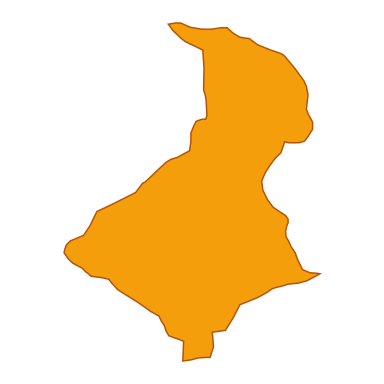 the district of Al-Zibar, Arbil, Iraq
{"feature_id": "34846034B21205760150819", "entity_name": "Al-Zibar", "entity_type": "district", "adm_level": 2, "iso_a3": "IRQ", "parent_name": "Iraq", "parent_adm1": "Arbil", "projection": "orthographic", "projection_center": [44.113, 37.087], "detail": "fine", "context": "isolated", "style": "filled", "palette": "amber", "viewbox_px": 384, "rotation_deg": 0, "n_neighbors": 0, "source": "geoboundaries", "source_scale": "gbopen_adm2", "svg_char_len": 1696}
<svg xmlns="http://www.w3.org/2000/svg" viewBox="0 0 384 384"><path d="M64.7,249.6L64.1,252.9L67.4,257.5L69.0,259.6L72.8,263.2L77.7,265.8L81.8,267.9L85.9,272.0L88.8,274.1L90.9,276.2L102.0,277.7L109.0,279.3L111.1,282.4L114.4,286.0L117.7,289.6L123.4,293.3L138.3,302.6L150.6,311.4L158.9,316.0L161.4,321.2L164.2,325.3L166.3,331.5L168.8,335.7L171.3,336.7L175.4,338.2L178.7,339.3L183.6,341.3L182.8,361.0L191.8,359.7L198.2,357.9L206.4,357.4L210.1,357.4L213.5,346.7L212.3,332.2L225.4,330.4L232.2,319.4L233.2,317.8L239.9,304.7L257.4,297.7L267.5,292.1L272.0,288.8L276.1,287.4L282.4,286.0L288.4,284.1L298.0,283.2L306.6,280.9L312.9,277.6L319.9,273.8L317.4,273.3L310.0,272.8L302.6,269.7L298.0,260.5L295.1,252.7L291.0,246.5L288.5,240.9L286.0,236.7L285.6,231.0L286.8,225.9L288.1,222.8L288.1,219.2L285.6,215.6L277.7,210.4L273.2,207.3L267.8,200.1L262.9,190.3L261.7,181.0L263.7,176.3L265.8,171.7L269.9,165.5L274.8,158.8L281.0,152.6L284.7,141.7L288.8,142.8L292.9,142.8L299.1,142.7L304.4,141.2L307.3,137.6L312.6,129.3L312.6,122.1L308.1,113.8L306.4,109.2L307.2,102.0L308.0,94.7L306.4,86.5L303.9,80.8L295.2,68.9L284.1,55.5L280.8,53.5L270.2,49.9L257.4,44.7L249.2,38.5L244.3,38.0L239.3,37.0L232.8,32.9L227.0,27.7L221.3,27.7L211.4,29.2L201.6,29.2L190.1,27.2L180.6,23.0L175.3,23.0L168.3,24.2L172.8,30.4L181.5,38.7L185.6,41.8L202.8,50.0L204.0,68.1L203.6,89.8L205.3,95.4L206.1,100.1L206.9,115.6L205.7,119.2L202.0,119.2L196.2,121.3L193.8,125.9L190.9,133.1L190.9,141.4L189.6,150.7L177.3,157.4L170.7,159.4L165.8,162.5L158.7,169.2L145.1,182.1L142.7,183.2L135.7,192.4L130.7,195.0L108.0,206.3L96.9,211.5L89.9,225.9L83.7,235.2L77.9,237.8L70.5,240.8L66.3,245.0L64.7,249.6Z" fill="#f59e0b" stroke="#b45309" stroke-width="1.5"/></svg>